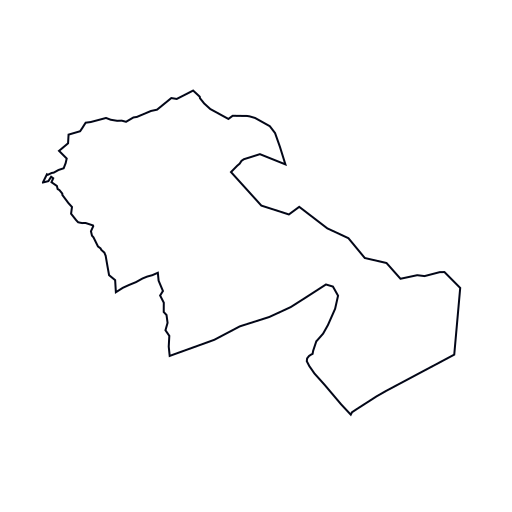 Logo, Benue, Nigeria, rotated 168°
{"feature_id": "59680162B24857715869577", "entity_name": "Logo", "entity_type": "district", "adm_level": 2, "iso_a3": "NGA", "parent_name": "Nigeria", "parent_adm1": "Benue", "projection": "albers", "projection_center": [9.31, 7.724], "detail": "fine", "context": "isolated", "style": "outline", "palette": "ink", "viewbox_px": 512, "rotation_deg": 168, "n_neighbors": 0, "source": "geoboundaries", "source_scale": "gbopen_adm2", "svg_char_len": 1955}
<svg xmlns="http://www.w3.org/2000/svg" viewBox="0 0 512 512"><g transform="rotate(168 256 256)"><path d="M225.5,134.3L223.6,129.7L223.2,128.8L215.5,115.4L203.7,93.4L196.3,81.1L194.6,83.2L189.3,85.3L167.1,93.7L156.8,97.0L82.6,118.3L62.9,182.3L75.0,201.1L79.7,202.0L95.3,201.3L102.3,203.7L119.4,203.7L129.8,222.0L150.0,231.4L161.9,254.2L180.5,268.2L203.5,295.1L215.2,289.8L240.3,304.2L263.0,343.3L255.6,348.2L252.8,349.7L250.4,352.1L247.7,353.2L241.1,353.8L231.0,354.8L208.2,339.5L209.9,357.8L211.8,372.3L215.5,380.1L228.2,391.2L233.2,393.9L235.5,394.8L249.7,398.0L254.5,395.8L270.2,409.3L275.0,416.0L278.0,422.0L277.9,423.5L283.1,430.9L300.9,426.1L306.0,428.1L322.4,419.7L328.6,419.7L340.0,417.5L343.6,416.8L347.1,417.0L355.2,414.3L359.2,416.3L363.7,417.1L369.8,419.5L374.0,422.2L379.8,421.9L389.8,421.4L394.9,421.8L396.5,420.2L399.2,417.4L402.1,414.6L414.1,413.7L416.4,405.3L426.8,399.8L420.9,390.7L422.9,386.4L425.9,381.8L431.3,381.2L436.5,379.6L438.6,379.7L442.8,378.7L443.5,379.4L449.1,372.3L449.1,372.2L443.5,372.4L439.9,376.1L438.2,374.2L440.7,370.7L436.2,365.9L436.1,362.7L434.6,361.4L432.5,357.3L432.7,355.9L428.5,346.8L425.8,342.2L428.1,335.8L424.5,328.5L423.0,326.0L421.0,325.1L419.3,324.4L415.8,323.7L409.1,319.8L409.0,319.0L412.3,314.5L412.2,310.0L411.1,308.1L408.6,298.2L406.5,295.8L406.0,294.1L403.6,290.8L403.2,288.4L403.0,287.7L403.4,277.3L403.7,267.8L398.8,261.7L400.6,249.7L392.8,252.6L386.0,254.1L378.8,255.4L371.7,257.6L366.7,258.5L361.4,258.8L355.5,260.0L356.4,252.1L354.3,241.1L358.0,237.3L355.9,229.5L357.9,220.4L355.8,216.9L356.4,209.0L360.0,202.2L357.4,195.9L360.2,185.5L361.2,176.2L355.6,177.0L314.2,182.7L286.6,190.5L283.9,190.8L255.6,193.6L232.7,198.8L222.5,202.6L210.8,207.0L193.5,213.6L187.1,210.1L184.0,200.1L189.6,187.9L200.0,173.5L206.5,166.1L214.3,160.3L214.7,160.1L219.8,151.4L221.0,148.5L222.6,148.1L224.9,147.2L227.3,145.2L228.2,142.5L226.7,137.1L225.5,134.3Z" fill="none" stroke="#020617" stroke-width="2"/></g></svg>